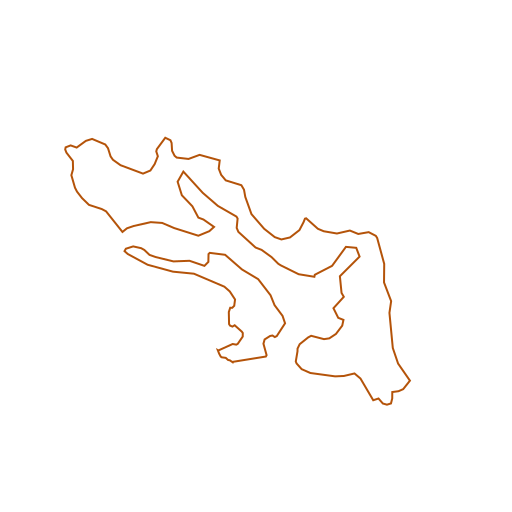 outline of Island, Washington, United States of America, rotated 145°
{"feature_id": "52423323B81098999696635", "entity_name": "Island", "entity_type": "district", "adm_level": 2, "iso_a3": "USA", "parent_name": "United States of America", "parent_adm1": "Washington", "projection": "albers", "projection_center": [-122.525, 48.158], "detail": "fine", "context": "isolated", "style": "outline", "palette": "amber", "viewbox_px": 512, "rotation_deg": 145, "n_neighbors": 0, "source": "geoboundaries", "source_scale": "gbopen_adm2", "svg_char_len": 2459}
<svg xmlns="http://www.w3.org/2000/svg" viewBox="0 0 512 512"><g transform="rotate(145 256 256)"><path d="M146.4,201.3L146.3,203.8L150.0,210.9L159.6,215.4L164.5,223.0L176.8,228.0L186.3,237.4L189.7,242.8L193.3,258.1L194.5,258.5L197.7,256.4L205.6,252.3L217.5,251.7L225.7,255.0L229.8,260.7L233.7,273.6L235.7,292.9L230.9,310.5L227.8,317.2L227.4,322.4L237.4,335.3L238.0,342.4L236.4,349.0L230.9,355.1L244.2,371.2L255.6,374.2L264.5,382.1L265.2,384.8L264.4,390.3L260.3,397.0L259.7,399.9L262.5,404.9L275.9,400.4L277.7,398.9L279.2,394.0L286.3,389.4L293.5,386.6L301.3,388.3L314.9,408.1L318.0,416.9L318.0,421.0L315.4,429.2L315.5,433.8L323.1,445.9L329.3,447.9L340.7,447.7L344.4,452.9L349.6,454.2L351.2,452.7L352.0,449.4L351.5,438.9L356.1,432.0L360.9,428.1L365.1,415.8L365.7,411.4L365.3,403.2L363.5,393.7L355.4,382.9L353.2,378.6L351.6,352.3L345.8,352.7L338.9,350.7L322.8,344.1L313.9,336.9L307.0,325.8L291.6,305.7L280.0,303.1L273.7,303.9L278.1,316.0L281.2,320.5L279.6,333.2L281.9,348.3L277.6,361.8L267.1,366.8L263.4,338.3L258.5,318.9L249.4,299.5L249.6,297.2L255.7,290.1L256.6,285.9L251.5,263.2L247.9,257.8L243.9,246.2L242.2,236.8L241.0,234.0L231.5,216.6L220.1,205.5L218.6,206.9L199.3,204.3L177.1,211.9L169.2,205.2L171.5,196.1L198.9,191.3L207.1,176.7L207.5,172.2L222.5,168.8L224.1,158.2L221.0,153.5L225.3,149.5L235.2,146.3L243.2,146.5L248.0,148.9L256.6,159.0L260.0,159.4L270.8,158.7L275.1,156.3L276.7,154.1L283.9,146.8L284.4,144.7L283.5,137.1L278.6,129.0L260.2,112.0L252.8,107.3L242.7,103.3L240.7,95.7L242.7,70.6L237.4,69.0L236.7,62.4L234.0,59.1L230.0,57.8L226.1,61.2L222.4,66.4L216.8,63.5L211.8,62.5L201.4,65.6L201.3,86.4L196.7,102.2L179.3,132.9L171.2,141.5L166.3,160.9L155.5,176.0L146.4,201.3ZM336.0,182.2L335.5,182.5L305.6,168.0L304.2,168.7L300.2,179.9L296.8,182.7L290.3,182.4L288.1,181.4L287.1,178.8L284.9,178.5L270.8,184.2L268.6,191.7L269.0,205.1L266.6,215.5L267.5,235.8L275.2,253.0L280.6,274.7L292.1,285.1L293.8,284.8L298.4,278.5L303.9,277.5L313.2,290.2L326.7,298.9L338.8,312.7L342.6,318.0L344.0,325.0L345.6,328.3L351.1,334.3L358.4,336.6L360.9,335.4L359.9,331.2L349.8,311.0L333.0,290.8L317.0,277.1L299.5,249.0L297.8,242.0L298.1,232.4L302.4,227.7L305.2,227.2L306.8,228.4L310.4,225.7L317.1,215.7L317.2,213.9L315.8,211.7L313.2,211.5L311.0,202.1L311.0,200.5L313.1,197.6L321.4,194.5L323.0,194.7L325.6,197.3L341.0,200.2L341.3,200.8L342.2,197.2L342.6,193.8L342.2,192.7L339.2,189.9L338.5,186.8L337.3,185.6L336.0,182.2Z" fill="none" stroke="#b45309" stroke-width="2"/></g></svg>